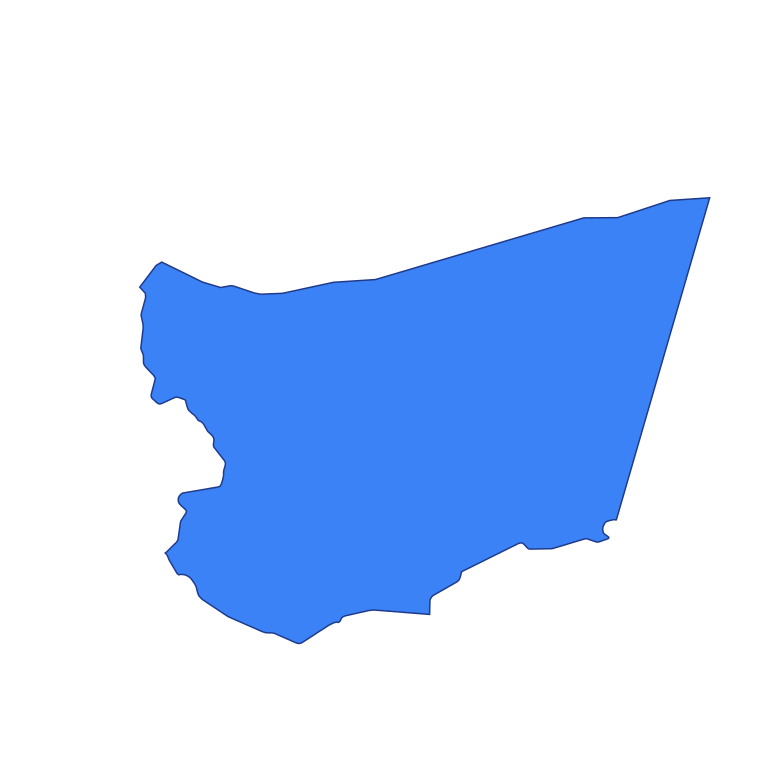 an SVG outline of Zinder, rotated 17°
{"feature_id": "NER-92", "entity_name": "Zinder", "entity_type": "Department", "adm_level": 1, "iso_a3": "NER", "parent_name": "Niger", "parent_adm1": "", "projection": "orthographic", "projection_center": [9.186, 15.151], "detail": "fine", "context": "isolated", "style": "filled", "palette": "blue", "viewbox_px": 768, "rotation_deg": 17, "n_neighbors": 0, "source": "natural_earth", "source_scale": "10m", "svg_char_len": 2582}
<svg xmlns="http://www.w3.org/2000/svg" viewBox="0 0 768 768"><g transform="rotate(17 384 384)"><path d="M495.1,591.0L440.3,603.1L435.6,605.1L414.3,617.3L412.3,619.2L411.8,620.4L411.4,623.3L410.9,624.4L410.0,625.4L409.5,625.5L408.9,625.4L407.7,625.8L405.6,627.2L401.8,630.8L382.4,653.9L381.7,654.8L380.4,656.0L379.1,656.8L378.4,657.1L376.0,657.3L351.9,654.5L349.9,654.7L343.9,656.4L339.7,656.4L306.7,652.5L302.8,652.0L273.0,643.1L268.9,640.7L266.9,638.3L263.7,632.9L261.5,630.5L256.6,626.7L253.9,625.4L250.8,624.8L249.5,624.7L246.7,625.1L245.4,625.5L244.1,626.1L243.6,626.5L243.2,626.4L242.1,626.0L241.2,625.4L230.0,615.1L227.2,611.7L225.7,610.3L224.2,609.6L224.8,608.9L231.7,596.2L232.4,594.2L232.4,592.3L229.8,576.0L229.8,574.2L232.4,565.2L232.4,563.6L231.3,562.4L229.6,561.5L225.7,559.7L223.8,558.6L222.3,557.4L221.3,555.5L220.9,554.4L220.7,552.9L220.9,551.5L221.1,550.9L221.7,549.3L222.1,548.6L222.5,548.1L222.8,547.7L223.4,547.1L255.6,530.9L257.0,529.8L257.5,528.2L257.7,526.3L257.7,522.4L257.3,518.2L256.5,515.9L256.2,514.5L256.0,513.0L256.0,509.4L255.8,507.4L255.3,505.5L253.6,503.8L239.6,494.0L238.9,492.8L238.6,491.9L237.9,487.9L237.5,486.8L237.1,485.8L236.7,485.2L235.4,484.1L234.0,483.1L229.6,481.0L229.0,480.6L223.3,475.2L221.6,474.1L220.4,473.5L218.1,473.3L217.4,473.2L216.8,473.0L213.1,470.0L211.0,468.9L209.7,468.6L205.3,466.4L204.3,465.8L202.6,463.6L198.9,457.7L198.5,457.4L197.5,457.2L191.3,456.9L189.3,457.3L187.6,458.3L177.3,467.5L175.4,468.7L174.0,468.8L172.2,468.3L166.6,465.6L165.2,464.4L164.6,462.8L164.4,461.3L163.8,446.9L163.5,445.2L162.5,444.2L161.0,443.0L151.4,437.6L149.5,436.2L147.9,434.4L145.6,427.1L144.5,425.5L142.5,423.1L141.4,421.7L140.8,420.1L137.4,401.1L136.1,397.3L131.7,389.5L131.3,387.2L130.8,371.1L129.3,367.1L122.1,362.8L131.4,337.3L135.8,332.4L180.5,339.6L199.6,339.5L208.4,334.9L210.6,334.4L212.8,334.3L233.1,334.9L239.8,334.2L260.3,327.0L306.0,301.5L345.3,286.6L526.3,166.8L558.8,156.6L603.7,124.9L641.0,110.7L645.9,445.9L645.6,446.2L643.7,446.4L640.5,448.1L637.5,450.1L636.4,451.1L635.8,452.6L635.5,454.0L635.2,456.8L635.5,458.4L636.1,460.1L636.8,461.4L637.6,462.4L638.9,463.1L643.4,464.6L644.0,465.5L643.3,466.6L635.8,472.1L634.3,472.8L632.8,473.0L623.5,472.7L622.4,472.9L621.0,473.6L593.0,492.3L572.5,499.0L571.2,499.3L570.2,499.3L568.8,498.7L564.3,496.1L562.7,495.7L561.3,495.9L559.0,497.4L513.7,540.2L513.1,541.1L513.1,542.1L513.3,544.4L513.3,547.5L513.1,548.9L512.9,549.8L512.4,550.6L511.6,551.9L492.3,572.4L491.4,575.2L491.1,577.1L494.8,590.4L495.1,590.9L495.1,591.0Z" fill="#3b82f6" stroke="#1e3a8a" stroke-width="1.5"/></g></svg>